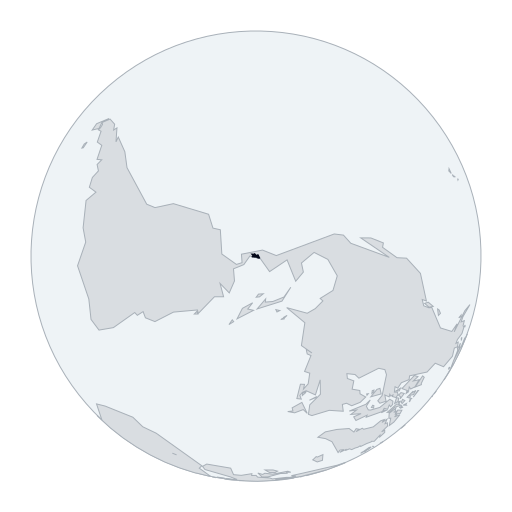 globe centered on Limón, rotated 139°
{"feature_id": "CRI-1329", "entity_name": "Limón", "entity_type": "Province", "adm_level": 1, "iso_a3": "CRI", "parent_name": "Costa Rica", "parent_adm1": "", "projection": "orthographic", "projection_center": [-83.398, 10.004], "detail": "fine", "context": "on_globe", "style": "filled", "palette": "ink", "viewbox_px": 512, "rotation_deg": 139, "n_neighbors": 0, "source": "natural_earth", "source_scale": "10m", "svg_char_len": 8973}
<svg xmlns="http://www.w3.org/2000/svg" viewBox="0 0 512 512"><g transform="rotate(139 256 256)"><circle cx="256" cy="256" r="225" fill="#eef3f6" stroke="#a8b0b8"/><path d="M276.3,262.5L270.9,260.1L265.8,266.9L247.2,256.2L240.4,243.0L182.5,221.3L176.3,214.4L176.1,203.4L156.3,167.5L165.1,201.0L157.5,194.3L151.3,182.3L154.8,179.5L150.7,162.2L143.8,155.6L143.3,135.0L156.9,110.3L159.1,114.1L162.1,108.4L159.5,103.5L157.1,101.8L164.0,80.7L157.7,70.6L148.7,72.9L156.2,68.7L134.3,77.7L126.4,79.0L139.7,74.4L144.4,71.7L141.2,70.5L145.4,67.6L146.2,65.6L151.4,62.4L158.8,60.8L162.4,58.9L159.9,58.3L163.6,55.3L166.7,56.4L173.5,51.5L187.1,49.4L191.1,57.5L203.0,56.2L218.7,64.8L221.6,62.3L229.4,65.0L235.7,63.3L236.8,66.1L240.9,62.5L238.6,60.4L239.7,58.3L243.2,57.3L245.2,60.4L243.8,61.3L246.2,61.8L245.7,63.9L247.9,62.3L250.0,66.6L253.1,61.1L259.1,63.6L259.1,66.8L252.3,68.0L235.4,80.8L233.3,85.7L237.1,90.8L258.5,96.3L259.0,101.6L264.6,107.6L267.4,103.6L264.1,97.6L270.8,92.4L265.9,86.4L267.9,83.7L265.7,77.6L273.3,77.2L282.0,80.2L284.3,85.5L288.2,87.3L292.0,81.6L302.0,91.5L318.5,98.9L320.3,102.1L313.1,108.4L298.1,109.4L288.8,120.4L302.3,112.2L306.5,121.4L310.4,122.7L314.4,122.0L315.7,118.3L318.7,121.6L306.6,130.1L303.6,127.3L307.5,124.4L300.5,125.3L292.3,132.3L295.1,137.0L279.8,144.8L281.6,148.5L279.3,152.7L277.4,146.1L280.5,158.6L262.9,173.6L266.7,196.9L254.9,179.2L245.8,177.4L235.0,178.2L235.4,181.9L220.5,179.5L207.7,187.7L204.0,206.3L209.8,220.6L226.3,220.9L230.8,212.8L242.6,210.9L235.1,232.7L256.0,235.3L254.4,251.7L260.6,260.0L270.8,257.5L281.4,261.1L288.6,251.3L300.4,245.7L301.1,258.9L307.2,246.5L314.1,252.5L337.2,250.5L335.6,253.7L355.1,267.8L375.3,272.8L380.0,281.9L377.7,288.1L384.5,289.1L384.6,292.9L410.6,295.5L423.1,303.1L422.1,316.4L410.4,333.2L397.1,365.7L375.4,378.2L368.0,390.7L347.8,409.4L334.9,409.2L336.7,417.2L328.0,422.6L319.1,423.6L315.9,429.3L309.3,429.8L312.6,433.2L299.8,440.7L301.0,446.1L291.1,451.8L292.2,454.7L289.2,454.8L285.5,456.0L284.5,457.7L276.3,455.1L276.2,448.2L280.8,444.5L276.9,443.9L286.8,434.0L281.9,436.1L286.6,420.7L295.4,407.3L304.5,366.8L300.5,358.8L284.0,349.7L264.4,318.6L270.2,305.3L265.7,299.2L280.5,279.9L276.3,262.5ZM53.0,195.3L54.5,190.2L54.7,193.7L53.0,195.3ZM54.7,187.0L54.3,188.7L54.4,187.3L54.7,187.0ZM54.3,185.8L54.6,186.7L54.0,186.2L54.3,185.8ZM53.5,185.0L54.0,185.2L53.9,185.4L53.5,185.0ZM266.0,204.9L289.9,215.3L276.8,217.3L279.2,215.1L273.1,210.6L261.8,206.7L250.2,209.6L266.0,204.9ZM53.1,182.1L53.1,181.2L53.7,180.9L53.1,182.1ZM275.6,191.6L271.5,190.8L275.4,190.6L275.6,191.6ZM155.3,101.7L159.0,103.8L159.8,109.6L156.3,108.1L155.3,101.7ZM154.4,91.7L157.3,91.5L153.7,96.9L153.2,95.3L154.4,91.7ZM141.2,75.7L143.5,76.3L139.9,76.9L141.2,75.7ZM145.4,65.9L143.4,66.8L144.7,65.5L145.4,65.9ZM261.6,78.4L263.6,78.1L263.0,79.3L261.6,78.4ZM258.7,76.3L256.6,78.1L254.9,77.4L256.3,76.3L258.7,76.3ZM153.9,59.6L156.5,57.5L155.1,59.2L153.9,59.6ZM261.7,74.4L252.2,76.0L249.3,74.8L252.0,69.8L261.7,74.4ZM158.9,56.1L165.2,51.7L161.4,53.1L175.7,47.3L165.6,52.5L164.5,54.3L162.4,54.5L158.9,56.1ZM236.4,60.2L239.0,62.4L233.6,61.5L236.4,60.2ZM232.8,60.2L214.9,61.9L212.9,58.7L219.3,58.5L214.1,55.6L221.9,53.0L226.5,54.1L226.3,56.6L229.4,53.9L232.8,60.2ZM182.6,45.2L185.2,44.1L183.9,45.0L182.6,45.2ZM239.7,57.4L236.2,57.8L234.3,55.0L240.8,53.6L239.3,54.9L239.7,57.4ZM208.9,56.2L208.6,54.1L214.9,51.4L215.6,50.4L221.9,52.7L208.9,56.2ZM241.5,55.1L244.1,53.1L248.2,53.7L242.9,56.8L241.5,55.1ZM231.0,54.9L230.4,53.5L232.9,53.8L231.0,54.9ZM264.3,55.5L260.2,55.6L258.8,54.0L264.3,55.5ZM244.8,52.3L243.4,52.2L242.4,51.7L244.9,50.6L244.8,52.3ZM225.9,50.9L228.6,50.4L223.6,49.7L228.1,48.1L231.5,50.1L231.9,48.5L233.3,48.0L234.6,50.3L225.9,50.9ZM244.4,48.2L250.4,50.8L258.2,50.7L259.6,51.9L246.8,52.0L244.4,48.2ZM238.5,49.2L242.5,48.8L242.3,50.3L239.4,51.6L238.5,49.2ZM229.9,46.3L222.1,48.3L221.6,47.9L229.9,46.3ZM246.8,47.7L245.3,47.2L247.4,47.5L246.8,47.7ZM235.1,46.3L232.5,47.0L232.0,46.4L235.1,46.3ZM244.6,45.6L246.5,46.3L244.6,47.1L244.6,45.6ZM240.3,45.6L240.3,44.7L242.8,46.9L239.2,46.0L240.3,45.6ZM235.1,45.6L234.0,45.5L236.3,45.5L235.1,45.6ZM250.6,42.6L254.2,45.2L250.1,46.7L247.1,43.9L250.6,42.6ZM289.5,460.4L276.7,456.2L284.1,458.1L290.8,455.3L297.0,458.5L289.5,460.4ZM308.6,452.8L315.4,451.0L316.6,451.7L312.2,453.2L308.6,452.8ZM416.2,97.6L412.2,94.0L416.9,98.7L421.1,102.7L426.1,108.3L416.9,99.8L420.3,106.2L434.6,128.3L434.4,132.3L429.7,131.3L414.3,112.5L416.4,105.7L411.0,100.1L401.9,94.4L403.3,93.2L399.9,90.4L399.8,88.0L391.2,79.4L389.9,77.0L378.3,69.0L376.0,67.0L383.5,72.1L388.0,74.8L383.7,70.4L380.4,68.2L373.2,63.6L388.4,73.7L402.8,85.1L416.2,97.6ZM367.8,60.4L366.5,59.7L365.9,59.3L367.8,60.4ZM361.5,56.9L362.6,57.6L354.2,53.4L345.8,49.4L343.5,48.6L357.2,55.3L362.2,57.9L365.8,59.6L380.0,68.3L383.3,71.0L370.2,63.6L373.4,67.0L361.8,60.7L331.9,44.8L323.6,41.4L325.4,41.7L343.8,48.5L361.5,56.9ZM195.4,39.0L190.6,40.5L184.7,42.3L177.7,45.1L178.4,45.0L182.3,43.7L175.7,47.3L161.4,53.1L160.6,52.9L152.2,57.2L151.7,56.6L147.5,58.6L148.4,58.1L163.6,50.6L179.3,44.2L195.4,39.0ZM480.5,237.8L480.6,240.0L479.8,233.3L479.4,234.5L473.4,249.0L468.3,241.7L454.7,215.1L453.5,201.4L447.6,187.8L434.5,133.2L438.0,133.1L434.9,119.8L435.6,120.3L442.8,130.5L444.2,132.2L452.6,146.0L460.0,160.3L466.3,175.2L471.5,190.4L475.7,206.0L478.7,221.8L480.5,237.8ZM446.4,158.0L448.5,162.1L446.4,158.0ZM337.9,250.3L340.7,252.7L337.1,253.0L337.9,250.3ZM275.3,222.7L280.2,222.9L282.9,224.8L279.1,225.6L275.3,222.7ZM315.9,221.1L321.4,222.0L315.8,223.4L315.9,221.1ZM293.5,216.6L311.5,221.0L300.6,225.4L289.2,222.9L297.0,221.4L293.5,216.6ZM273.8,199.2L276.9,200.0L276.2,202.5L273.8,199.2ZM278.4,191.5L277.3,191.7L275.6,189.8L278.4,191.5ZM307.2,120.8L308.3,120.3L312.6,120.3L310.9,122.0L307.2,120.8ZM329.7,112.3L334.1,117.8L329.8,114.8L328.3,117.7L317.4,115.4L320.6,103.6L321.1,109.1L329.7,112.3ZM303.7,109.9L310.3,112.1L303.0,110.2L303.7,109.9ZM380.9,79.5L383.7,80.1L387.8,83.6L389.5,88.5L383.5,83.3L380.9,79.5ZM386.6,80.4L373.2,72.7L371.6,70.0L374.8,72.7L375.1,71.6L380.3,75.8L391.9,81.5L396.3,85.1L397.0,91.0L394.3,86.8L391.8,86.2L386.6,80.4ZM341.6,64.0L335.8,62.2L339.9,58.2L344.9,60.4L346.9,64.9L342.2,65.1L341.6,64.0ZM268.3,66.0L265.8,66.8L265.2,65.7L266.9,64.2L268.3,66.0ZM262.5,55.7L278.6,62.0L276.6,63.0L288.5,66.3L287.8,70.5L280.1,68.1L288.4,74.2L281.1,73.8L287.4,77.8L270.3,72.0L264.2,72.4L271.3,70.2L272.2,66.2L270.7,64.6L261.9,60.5L249.0,60.1L247.9,56.6L250.4,54.3L253.3,53.9L253.2,56.1L257.2,54.0L259.2,57.0L262.5,55.7ZM281.3,38.2L279.9,39.5L288.3,38.6L290.4,40.4L291.2,40.2L295.4,41.8L302.0,43.6L301.9,44.4L304.5,44.8L307.3,46.1L310.8,47.1L311.9,49.1L316.3,50.6L314.4,50.8L321.6,52.8L316.7,52.3L319.9,54.4L323.0,53.8L320.5,66.0L323.3,72.5L328.2,78.6L319.1,77.8L308.7,72.0L298.9,64.7L297.6,58.9L293.7,60.0L291.9,57.7L295.7,57.8L288.8,56.3L288.4,54.6L279.6,50.1L269.9,49.8L266.5,48.4L270.1,47.7L264.2,46.9L268.6,44.8L266.3,43.9L268.3,41.3L276.5,40.9L273.2,40.0L274.6,38.4L281.3,38.2ZM251.5,41.8L260.9,40.2L266.6,40.6L260.7,45.2L262.2,46.3L258.7,49.9L250.4,49.4L252.2,48.3L252.0,47.2L254.7,47.8L252.4,46.6L254.8,45.2L253.6,44.0L257.0,43.7L251.5,41.8ZM434.0,117.9L432.3,115.8L432.1,115.5L431.5,114.8L434.0,117.9ZM426.1,109.8L425.3,108.5L430.4,114.2L430.6,114.9L426.1,109.8ZM420.5,103.3L424.9,108.0L422.6,105.8L420.5,103.3ZM382.3,70.9L381.0,69.6L382.5,70.6L385.3,72.6L382.3,70.9ZM306.5,38.4L304.8,38.4L303.4,38.0L296.4,37.3L294.3,36.3L297.7,36.3L306.5,38.4ZM303.1,37.1L300.5,36.8L301.0,36.6L303.1,37.1ZM292.4,35.5L292.4,35.1L293.2,36.1L292.4,35.5ZM258.5,30.7L259.6,30.8L256.4,30.8L253.9,30.7L258.5,30.7ZM281.8,32.6L285.5,33.1L284.9,33.2L281.8,32.6ZM183.7,44.4L185.0,44.2L182.5,45.0L183.7,44.4ZM208.5,35.8L212.2,35.0L209.0,35.7L208.5,35.8ZM215.9,34.3L213.9,34.7L214.9,34.5L215.9,34.3Z" fill="#d9dde1" stroke="#a8b0b8" stroke-width="1"/><path d="M258.6,257.8L258.4,257.7L258.2,257.6L258.1,257.8L258.1,258.0L257.9,258.1L257.8,258.6L257.8,259.0L257.8,259.7L257.7,259.6L257.6,259.4L257.4,259.4L257.3,259.1L257.2,259.0L257.1,258.9L256.9,258.7L256.7,258.7L256.4,258.6L256.2,258.5L255.9,258.6L255.7,258.1L255.6,257.9L255.6,257.7L255.8,257.3L255.9,257.1L256.0,257.1L256.1,256.9L256.2,256.7L256.3,256.7L256.2,256.4L256.2,256.2L256.3,256.2L256.2,256.1L255.8,256.1L255.3,256.1L255.2,256.1L254.8,255.9L254.5,255.8L254.4,255.7L253.9,255.5L253.9,255.3L254.0,255.3L254.0,255.2L254.2,254.9L254.3,254.9L254.3,254.7L254.2,254.6L254.2,254.4L254.3,254.3L254.3,254.2L254.3,253.9L254.3,253.7L254.4,253.4L254.5,253.4L254.8,253.3L254.8,253.2L254.7,253.2L254.8,252.9L255.0,252.8L255.0,252.7L254.9,252.5L254.9,252.4L255.0,252.4L255.1,252.5L255.3,252.8L255.3,253.0L255.2,252.9L255.1,252.6L255.2,253.0L255.3,253.1L255.2,253.1L255.3,253.2L255.5,253.5L255.7,254.1L256.0,254.5L256.8,255.5L257.1,255.9L257.2,256.0L257.3,256.0L257.5,256.0L257.6,256.3L257.7,256.5L257.8,256.6L258.0,256.9L258.2,257.0L258.3,257.0L258.4,257.3L258.7,257.4L258.8,257.4L259.0,257.5L259.2,257.8L259.0,258.0L258.9,258.0L258.7,257.9L258.6,257.8Z" fill="#0f172a" stroke="#020617" stroke-width="1.5"/></g></svg>